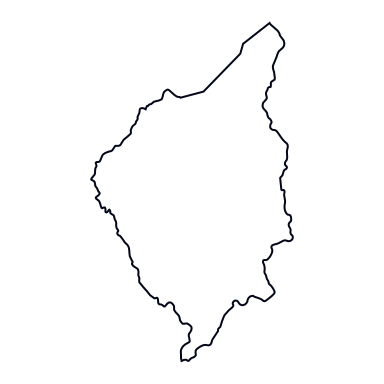 outline of San Francisco, Lempira, Honduras
{"feature_id": "27666195B39491664088355", "entity_name": "San Francisco", "entity_type": "district", "adm_level": 2, "iso_a3": "HND", "parent_name": "Honduras", "parent_adm1": "Lempira", "projection": "robinson", "projection_center": [-88.368, 14.131], "detail": "fine", "context": "isolated", "style": "outline", "palette": "ink", "viewbox_px": 384, "rotation_deg": 0, "n_neighbors": 0, "source": "geoboundaries", "source_scale": "gbopen_adm2", "svg_char_len": 6037}
<svg xmlns="http://www.w3.org/2000/svg" viewBox="0 0 384 384"><path d="M190.5,358.8L191.8,358.0L194.1,357.0L195.3,355.9L195.7,355.3L195.8,354.5L195.5,352.2L195.7,350.7L196.4,349.5L198.2,347.9L200.8,346.3L203.2,345.2L205.5,344.9L208.1,345.3L208.9,345.3L209.9,344.9L210.8,344.1L211.5,342.6L212.0,340.6L212.5,339.4L218.0,331.1L218.1,330.7L218.0,329.6L218.3,328.8L218.8,328.2L219.8,327.4L220.3,326.8L222.1,321.0L223.7,316.9L224.4,315.4L225.0,314.6L228.7,310.4L232.0,307.6L233.1,306.3L233.3,305.7L233.3,305.1L232.8,304.0L232.7,303.2L233.2,302.0L233.9,301.2L234.5,300.8L235.3,300.6L236.1,300.6L236.9,300.8L237.9,301.5L239.1,303.4L240.2,304.5L241.7,305.1L243.3,305.1L244.9,304.5L246.2,303.4L247.2,301.8L247.8,299.4L248.5,298.1L249.5,297.0L251.0,296.1L252.1,295.9L253.2,295.9L255.0,297.0L257.5,297.7L260.1,298.7L261.8,299.6L263.5,301.0L264.6,301.2L265.5,300.9L268.2,298.9L271.0,296.7L273.8,294.0L274.3,293.2L274.6,292.5L274.5,291.6L274.3,290.9L273.3,288.9L271.9,286.8L271.0,285.7L269.3,284.2L268.9,283.6L268.3,281.2L266.7,278.4L266.0,275.4L264.6,273.0L264.4,271.7L264.7,268.9L264.5,266.7L264.1,264.9L263.1,262.5L263.0,261.7L263.1,260.9L263.4,260.3L264.0,260.0L265.9,260.1L267.3,259.6L269.0,257.9L270.5,255.8L271.7,253.4L272.2,251.7L272.3,250.7L272.2,249.7L271.5,247.7L271.4,247.1L271.6,246.2L272.2,245.4L273.8,244.6L276.3,244.0L278.2,243.4L282.9,240.9L284.3,240.4L285.9,240.4L287.5,241.0L288.4,241.2L290.0,241.0L291.0,240.5L291.8,239.8L292.4,239.0L292.7,238.1L292.8,237.0L292.6,236.0L292.1,235.3L291.0,234.3L290.6,233.3L290.4,232.4L290.6,230.4L290.5,229.3L290.1,228.2L289.1,226.6L288.7,225.1L288.7,224.2L289.0,223.3L289.4,222.7L290.5,221.7L291.1,220.5L291.2,219.0L291.0,217.2L290.7,216.1L290.0,215.3L289.3,214.9L287.8,214.6L286.8,213.9L285.7,212.2L284.9,210.2L284.6,208.5L284.5,206.7L284.6,205.2L285.0,202.7L285.1,200.8L284.1,195.0L284.2,194.0L284.5,192.4L284.5,191.2L284.3,190.6L283.8,190.2L283.3,190.0L282.1,190.2L281.6,189.9L281.3,189.4L280.2,178.4L280.2,177.9L280.5,177.4L281.7,176.2L282.5,175.1L282.9,173.9L283.5,171.7L283.9,170.6L284.6,169.8L286.2,168.9L286.6,168.3L286.9,167.7L286.9,167.1L286.7,166.6L286.4,166.2L285.3,165.2L285.0,164.5L284.9,163.8L285.0,162.9L285.3,162.0L286.7,159.9L287.1,158.5L287.2,157.3L286.9,151.8L287.2,149.6L287.8,146.9L287.7,145.3L287.4,144.4L286.9,143.6L284.3,141.3L282.6,139.4L280.9,137.1L278.3,133.3L276.7,131.2L275.9,130.6L275.0,130.1L273.0,129.9L272.1,129.6L271.3,129.0L270.6,128.3L270.2,127.1L270.2,125.7L270.6,124.0L271.2,123.3L271.5,122.5L271.6,121.9L271.4,121.4L271.0,120.4L270.4,119.5L269.8,118.8L268.7,118.0L268.3,117.4L267.4,115.2L267.1,113.3L266.9,112.7L265.7,111.0L263.5,108.5L262.9,107.4L262.6,106.3L262.7,104.6L263.1,102.9L266.2,99.3L266.8,98.3L266.8,97.5L266.0,94.2L266.0,93.1L266.4,91.7L267.4,90.0L267.8,88.3L268.2,87.7L269.1,87.1L269.6,87.0L270.3,87.1L270.6,86.9L270.9,85.8L270.8,83.6L271.1,82.2L271.6,81.6L274.4,79.8L274.7,79.3L274.8,77.8L274.1,72.2L273.2,69.4L272.8,66.9L273.0,65.6L276.5,57.1L277.6,53.8L278.5,51.8L278.8,51.3L282.9,47.6L283.9,46.0L284.3,44.3L284.2,42.4L283.6,40.4L280.0,35.6L279.4,33.5L278.1,31.3L277.3,30.4L270.9,24.8L270.0,23.8L269.6,23.0L243.1,43.8L240.3,53.7L203.5,91.6L180.5,97.7L179.6,97.0L177.9,96.9L176.5,96.4L174.3,94.8L169.0,90.1L168.1,89.7L167.2,89.7L165.5,90.7L164.1,92.0L163.6,93.0L162.2,98.1L161.8,99.0L161.4,99.4L159.2,100.4L154.0,101.7L151.2,104.0L149.9,104.3L149.1,104.7L148.1,105.9L147.8,106.0L147.2,105.9L146.8,106.3L145.6,109.3L144.0,108.4L142.5,108.1L141.5,108.1L140.1,108.8L139.8,109.2L139.7,109.8L139.5,111.9L139.3,113.0L137.7,116.5L137.5,117.6L137.7,118.7L137.5,119.4L137.1,120.1L136.1,121.5L135.6,123.3L135.3,123.9L133.1,125.7L132.3,126.7L131.7,127.8L130.8,130.0L130.9,133.0L130.7,133.7L127.5,136.6L123.7,139.7L122.7,141.2L120.9,144.2L120.1,145.2L119.4,145.6L118.7,145.8L117.6,145.9L116.1,145.8L115.2,146.0L114.9,146.3L112.8,149.6L111.8,150.7L110.8,151.2L109.2,151.5L106.9,152.3L105.0,153.1L104.0,153.8L102.9,154.7L102.4,155.4L100.2,160.6L99.8,161.3L98.8,161.9L96.8,162.0L95.9,162.5L95.7,163.0L96.4,165.3L96.5,166.2L95.3,168.5L94.9,173.8L94.4,174.9L91.7,178.1L91.2,179.2L91.2,179.5L91.5,179.8L93.6,180.9L94.6,181.9L95.2,184.6L95.1,185.2L95.2,185.7L96.1,187.1L97.1,188.4L98.4,191.5L99.2,192.2L99.6,193.0L99.6,193.7L99.2,194.4L98.2,195.5L96.0,197.2L95.8,197.8L95.9,198.3L96.3,198.8L98.6,200.6L99.2,201.3L100.0,203.1L100.9,206.4L101.5,207.8L102.0,208.1L102.4,208.2L103.4,207.6L104.3,207.4L104.7,207.5L105.1,207.9L105.5,209.1L105.4,211.6L105.7,212.2L106.4,212.4L107.3,212.0L108.5,210.6L109.0,209.9L109.4,209.7L109.7,210.0L110.1,210.7L110.3,211.5L110.2,212.5L110.6,213.3L111.2,213.8L113.5,215.2L113.9,215.9L114.9,219.7L115.7,221.0L116.0,221.8L116.2,223.2L116.2,225.8L116.5,227.7L117.2,229.1L118.0,230.0L118.2,230.5L118.2,231.1L117.6,232.0L117.3,232.9L117.3,233.5L117.5,234.1L117.9,234.7L118.4,235.2L120.0,235.9L120.6,236.5L123.1,239.8L124.8,242.4L127.4,244.9L128.2,246.1L128.7,247.3L129.1,248.8L129.6,254.8L129.8,256.2L130.4,257.5L131.4,259.5L131.8,260.6L132.5,261.3L132.6,261.7L132.5,262.7L132.0,263.4L132.1,264.4L133.3,266.0L137.5,268.8L137.8,269.2L138.2,270.1L138.5,271.7L138.3,275.0L139.4,278.4L139.2,279.7L139.2,281.2L139.3,282.0L139.6,282.7L140.9,284.1L143.1,286.9L147.3,291.6L150.0,295.1L154.3,298.3L155.3,298.2L156.7,297.8L157.1,297.8L157.5,298.1L157.7,298.5L157.9,299.2L158.3,303.1L158.6,303.7L159.1,304.1L159.8,304.4L160.8,304.4L161.6,304.7L162.6,305.2L163.6,306.2L164.6,306.5L164.9,306.4L167.4,303.5L168.9,302.5L169.6,302.4L170.4,302.5L171.1,302.7L171.9,303.3L173.1,304.6L173.9,305.8L174.1,307.6L174.1,309.5L174.3,310.3L175.7,312.3L178.0,314.7L178.9,315.8L179.6,317.9L180.1,320.5L181.4,322.4L182.4,323.5L183.0,323.8L186.1,323.5L186.9,323.5L187.5,323.6L190.4,325.7L191.3,326.8L191.5,327.4L191.6,328.2L191.3,330.1L190.1,332.4L189.0,333.8L188.8,334.7L188.8,336.0L189.7,340.5L189.6,341.6L189.1,342.2L185.2,344.4L183.2,346.1L182.1,347.7L181.3,349.2L180.9,350.6L180.8,351.9L181.0,354.6L181.0,358.0L181.6,361.0L183.7,360.0L185.4,359.7L186.5,359.9L187.8,360.8L188.4,360.9L189.0,360.5L190.5,358.8Z" fill="none" stroke="#020617" stroke-width="2"/></svg>